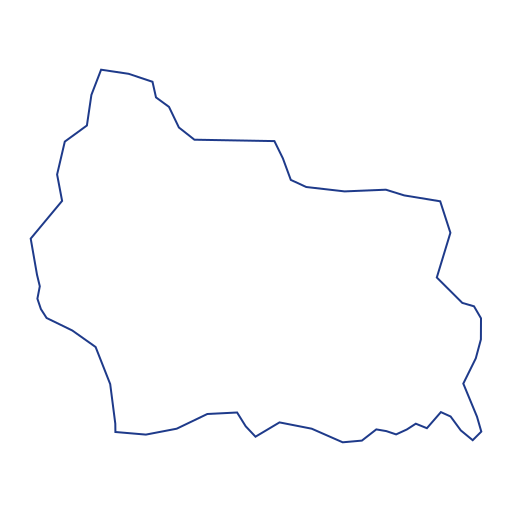 map outline of Gabrovo (orthographic projection)
{"feature_id": "BGR-2246", "entity_name": "Gabrovo", "entity_type": "Province", "adm_level": 1, "iso_a3": "BGR", "parent_name": "Bulgaria", "parent_adm1": "", "projection": "orthographic", "projection_center": [25.265, 42.966], "detail": "fine", "context": "isolated", "style": "outline", "palette": "blue", "viewbox_px": 512, "rotation_deg": 0, "n_neighbors": 0, "source": "natural_earth", "source_scale": "10m", "svg_char_len": 853}
<svg xmlns="http://www.w3.org/2000/svg" viewBox="0 0 512 512"><path d="M115.4,432.0L115.3,423.7L110.2,384.1L95.6,347.0L72.3,330.5L46.6,318.0L40.9,309.1L37.4,298.7L39.8,286.3L37.0,274.7L30.7,238.6L62.1,200.9L57.1,174.5L64.8,141.6L86.9,125.5L91.4,94.9L101.1,69.7L128.6,73.8L152.5,81.8L156.0,97.4L169.0,106.9L178.9,127.5L194.4,139.7L274.4,141.1L282.9,158.4L290.8,179.9L306.2,187.0L344.6,191.4L385.9,189.7L404.2,195.4L440.2,201.3L450.4,232.8L436.8,277.5L462.3,302.9L474.0,306.3L481.0,318.3L480.9,339.4L475.8,358.3L463.3,383.6L477.0,416.7L481.3,431.6L472.7,440.2L460.8,430.4L450.6,416.5L440.9,412.1L426.9,428.2L415.8,423.7L406.8,429.5L396.1,434.4L386.3,431.1L376.3,429.4L361.9,440.6L342.7,442.3L311.7,428.7L279.5,422.4L255.5,436.7L245.7,426.3L237.1,412.5L207.3,414.0L176.7,428.7L145.9,434.6L115.4,432.0Z" fill="none" stroke="#1e3a8a" stroke-width="2"/></svg>